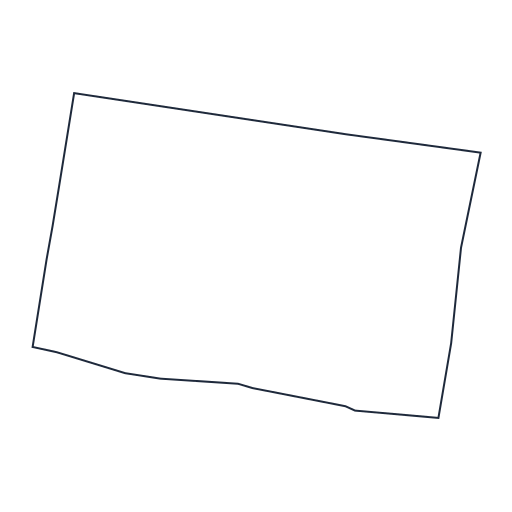 Orleans, New York, United States of America (Natural Earth projection), rotated 189°
{"feature_id": "52423323B61064757463824", "entity_name": "Orleans", "entity_type": "district", "adm_level": 2, "iso_a3": "USA", "parent_name": "United States of America", "parent_adm1": "New York", "projection": "natural_earth1", "projection_center": [-78.228, 43.253], "detail": "fine", "context": "isolated", "style": "outline", "palette": "slate", "viewbox_px": 512, "rotation_deg": 189, "n_neighbors": 0, "source": "geoboundaries", "source_scale": "gbopen_adm2", "svg_char_len": 377}
<svg xmlns="http://www.w3.org/2000/svg" viewBox="0 0 512 512"><g transform="rotate(189 256 256)"><path d="M50.5,124.6L49.6,200.4L54.8,296.2L50.3,393.2L186.3,390.3L461.1,388.4L461.4,292.6L461.6,253.5L462.3,220.1L462.4,131.2L437.8,129.8L366.9,119.8L331.2,119.9L253.8,127.0L238.8,125.0L144.1,121.6L134.0,118.8L50.5,124.6Z" fill="none" stroke="#1e293b" stroke-width="2"/></g></svg>